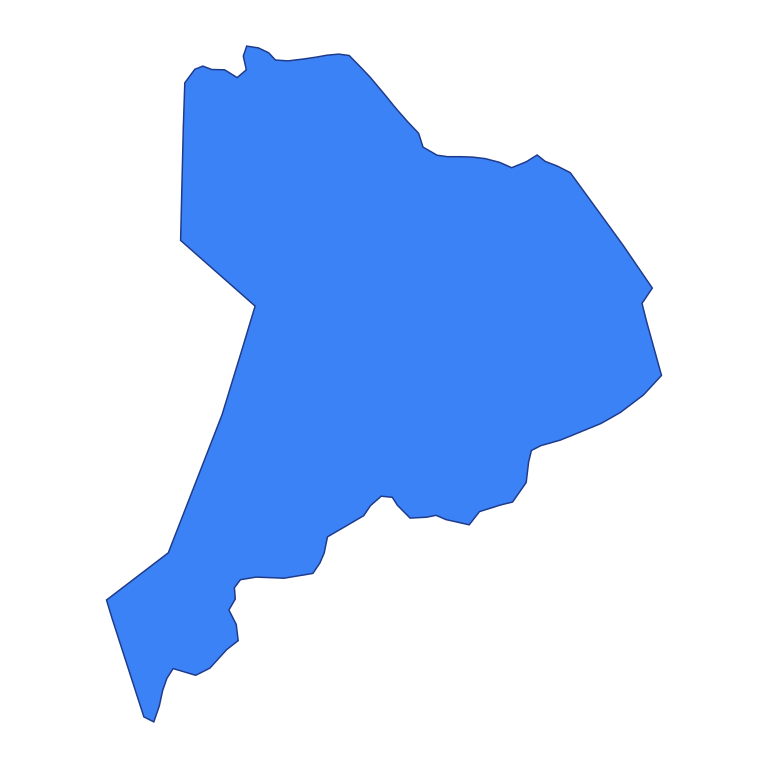 Água Branca, Paraíba, Brazil
{"feature_id": "56859067B36590895237409", "entity_name": "Água Branca", "entity_type": "district", "adm_level": 2, "iso_a3": "BRA", "parent_name": "Brazil", "parent_adm1": "Paraíba", "projection": "orthographic", "projection_center": [-37.665, -7.486], "detail": "fine", "context": "isolated", "style": "filled", "palette": "blue", "viewbox_px": 768, "rotation_deg": 0, "n_neighbors": 0, "source": "geoboundaries", "source_scale": "gbopen_adm2", "svg_char_len": 1250}
<svg xmlns="http://www.w3.org/2000/svg" viewBox="0 0 768 768"><path d="M643.5,394.9L661.5,375.4L646.8,322.3L642.0,303.4L652.3,288.1L623.1,245.3L570.3,172.7L557.6,166.2L545.2,161.4L537.1,155.0L526.4,161.7L511.7,167.7L499.4,162.3L485.2,158.6L472.5,157.1L461.1,156.7L447.5,156.7L437.0,155.2L423.0,147.1L418.6,133.3L407.7,121.8L398.9,111.8L393.2,105.1L386.4,96.6L377.2,85.6L370.5,77.6L361.9,68.5L349.2,55.5L338.7,54.1L326.9,55.2L317.0,57.0L304.3,58.9L287.9,60.9L275.4,60.0L268.7,52.8L258.4,47.9L246.7,46.1L243.3,56.1L246.3,69.8L237.1,77.6L224.6,69.8L211.7,69.5L202.8,66.1L194.8,69.3L184.8,82.8L183.3,127.9L180.6,240.4L255.1,306.1L241.9,349.9L222.0,414.9L168.3,552.8L106.5,600.0L112.0,618.2L143.9,716.9L153.8,721.9L159.3,706.0L162.6,690.7L166.9,678.3L173.1,668.6L195.7,675.3L209.9,668.1L226.8,649.5L238.2,640.6L236.2,624.3L228.9,610.0L235.3,599.0L234.4,587.7L240.4,579.7L256.1,577.1L284.1,578.2L312.9,573.4L319.9,563.0L324.2,553.0L327.5,536.8L363.7,515.7L370.4,505.7L381.2,496.2L392.3,497.3L397.4,505.3L410.1,518.1L426.7,517.2L436.1,515.3L446.0,519.6L469.2,524.8L479.5,511.6L500.8,504.9L512.6,502.0L526.2,482.5L528.6,462.1L531.4,450.5L540.6,445.7L560.6,440.0L600.9,423.5L620.3,412.5L643.5,394.9Z" fill="#3b82f6" stroke="#1e3a8a" stroke-width="1.5"/></svg>